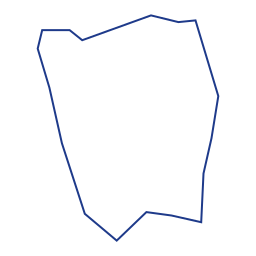 the Urban county of Szombathely
{"feature_id": "HUN-4903", "entity_name": "Szombathely", "entity_type": "Urban county", "adm_level": 1, "iso_a3": "HUN", "parent_name": "Hungary", "parent_adm1": "", "projection": "mercator", "projection_center": [16.615, 47.219], "detail": "fine", "context": "isolated", "style": "outline", "palette": "blue", "viewbox_px": 256, "rotation_deg": 0, "n_neighbors": 0, "source": "natural_earth", "source_scale": "10m", "svg_char_len": 326}
<svg xmlns="http://www.w3.org/2000/svg" viewBox="0 0 256 256"><path d="M151.0,15.4L178.4,22.1L195.5,20.4L218.3,96.1L211.5,138.2L203.5,173.5L201.2,222.2L171.5,215.5L146.4,212.1L116.7,240.6L84.8,213.8L61.9,143.2L49.4,87.7L37.7,48.6L42.2,30.1L69.6,30.1L82.2,40.2L151.0,15.4Z" fill="none" stroke="#1e3a8a" stroke-width="2"/></svg>